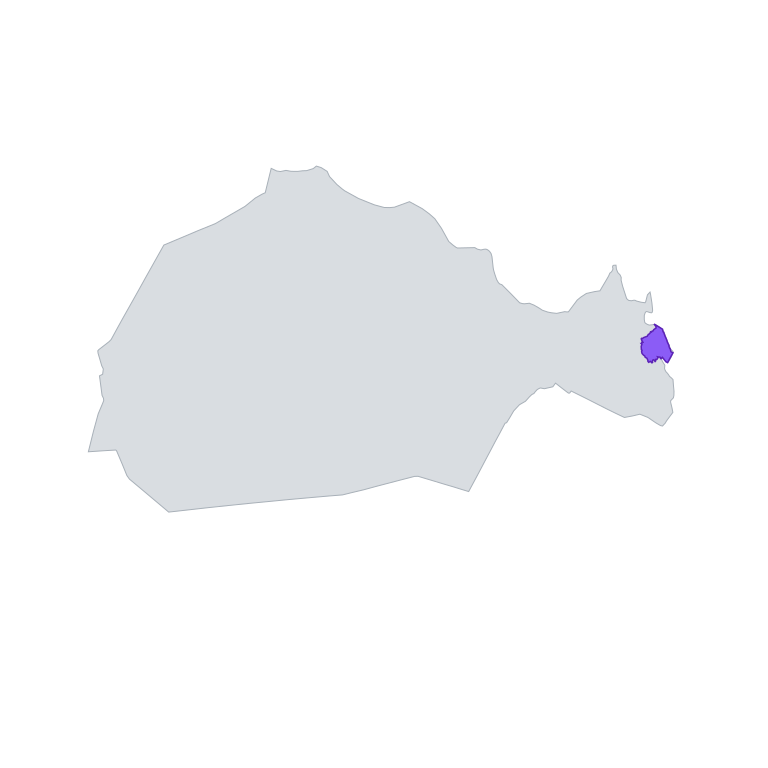 Torodi, Tillabéri, Niger (highlighted), rotated 209°
{"feature_id": "23599985B58853598919637", "entity_name": "Torodi", "entity_type": "district", "adm_level": 2, "iso_a3": "NER", "parent_name": "Niger", "parent_adm1": "Tillabéri", "projection": "orthographic", "projection_center": [1.533, 13.115], "detail": "fine", "context": "in_parent", "style": "filled", "palette": "violet", "viewbox_px": 768, "rotation_deg": 209, "n_neighbors": 0, "source": "geoboundaries", "source_scale": "gbopen_adm2", "svg_char_len": 4133}
<svg xmlns="http://www.w3.org/2000/svg" viewBox="0 0 768 768"><g transform="rotate(209 384 384)"><path d="M587.2,517.9L581.1,518.3L577.6,519.6L573.3,523.3L568.3,525.0L562.3,528.3L558.6,531.0L555.1,533.1L550.3,538.1L548.8,541.8L543.8,542.8L536.8,542.4L532.2,539.0L521.8,535.6L515.1,534.3L512.0,533.9L496.2,533.9L479.4,536.0L470.9,538.1L469.4,538.5L464.6,541.0L460.6,543.7L450.1,555.8L435.6,555.9L427.0,554.8L419.7,553.2L409.2,548.0L396.4,540.0L391.5,539.0L387.1,538.4L385.6,538.6L370.7,547.3L367.8,547.2L364.2,548.2L361.9,550.3L360.2,551.4L358.4,551.6L356.0,551.2L353.6,550.0L351.3,547.7L344.8,538.5L343.5,536.9L340.8,534.2L336.2,530.0L333.1,528.1L331.3,527.6L329.1,528.0L316.9,524.5L304.7,520.8L302.0,521.4L300.1,522.2L296.0,525.1L291.0,525.7L284.7,525.6L281.3,525.3L275.7,526.3L272.0,527.5L267.2,529.5L261.0,534.9L259.2,535.6L257.7,536.5L255.7,551.1L254.0,555.4L250.9,561.3L244.6,566.9L240.3,570.2L240.2,574.7L240.0,582.1L239.9,587.2L240.2,590.5L239.5,592.1L239.3,593.5L239.5,595.7L240.5,596.7L241.2,598.0L240.8,599.1L238.7,600.4L236.4,597.1L233.5,594.8L230.3,593.8L228.2,592.2L227.0,589.8L222.8,585.3L213.2,576.3L212.2,576.1L210.6,575.7L207.9,576.8L206.2,578.3L205.1,578.9L203.3,579.0L198.7,580.2L195.1,581.6L195.0,582.9L196.8,589.7L195.9,593.4L194.3,591.6L189.0,584.8L185.4,579.6L184.7,578.5L184.2,576.8L184.5,576.0L186.0,575.4L189.3,574.8L189.9,574.2L190.1,572.8L189.6,570.2L187.7,566.7L185.8,564.3L184.7,563.9L182.7,563.8L180.6,564.1L176.5,567.0L174.7,567.5L170.5,567.3L166.7,566.7L164.5,565.2L157.7,559.5L150.2,553.5L147.1,552.6L146.4,552.0L145.9,547.3L146.0,541.7L146.4,540.3L149.5,541.2L152.8,541.6L153.9,540.6L151.3,538.6L147.5,536.6L146.1,533.5L145.0,532.5L143.3,531.4L141.3,530.8L139.3,529.9L138.0,529.1L135.8,528.7L133.4,528.0L130.1,523.0L126.8,518.2L124.9,514.5L124.2,512.2L125.2,508.3L124.3,506.8L120.6,502.8L117.6,499.2L118.4,493.5L119.0,488.8L119.1,485.9L119.6,484.2L120.0,482.3L122.0,481.7L127.1,481.8L137.1,482.7L145.1,481.7L145.6,481.6L151.2,476.5L157.5,471.3L166.9,470.7L177.0,470.2L185.0,469.9L196.6,469.5L206.0,469.1L216.9,468.6L217.2,466.2L217.8,465.6L218.9,465.5L226.9,466.7L234.4,467.9L235.0,463.4L241.5,457.6L245.2,456.4L246.1,455.4L247.3,453.4L248.0,450.4L248.3,448.3L249.6,446.5L250.6,443.2L251.9,437.5L255.5,431.5L257.5,423.4L257.7,415.6L258.0,409.6L259.1,408.4L258.9,397.9L258.8,387.3L258.6,378.3L258.4,367.1L258.2,357.4L258.0,346.8L257.9,337.3L257.8,331.0L265.2,329.4L272.9,327.8L284.1,325.3L296.2,322.7L309.4,319.8L312.4,318.1L322.2,308.8L326.5,304.7L335.3,296.3L342.0,289.9L350.4,281.7L359.4,273.5L366.5,266.9L377.8,259.4L394.7,248.0L411.5,236.6L428.2,225.1L444.8,213.7L461.3,202.2L477.7,190.7L494.0,179.1L510.2,167.6L527.5,171.0L543.9,174.2L560.5,177.4L564.5,179.3L573.7,186.7L585.6,196.0L586.1,196.1L586.6,196.2L596.7,189.8L609.7,181.4L615.2,201.8L619.5,219.4L620.7,230.7L621.1,233.6L622.4,235.5L625.1,237.4L636.8,253.2L634.8,256.1L636.8,261.1L639.7,263.1L649.1,272.4L650.4,274.3L650.1,275.8L645.0,287.7L644.2,290.6L644.3,305.3L644.3,315.7L644.2,330.0L644.1,347.1L644.1,361.6L644.0,380.7L643.9,398.8L635.7,409.2L621.2,427.7L609.2,442.6L603.3,452.6L591.7,471.9L586.7,484.3L582.7,490.9L580.6,493.7L583.0,502.5L587.2,517.9Z" fill="#d9dde1" stroke="#a8b0b8" stroke-width="1"/><path d="M156.7,540.8L155.7,541.3L155.2,541.2L154.5,540.3L154.0,540.4L153.5,542.3L151.2,541.4L148.2,540.1L146.3,540.2L146.4,551.4L148.6,551.3L150.8,553.6L151.3,553.6L153.3,555.4L153.4,555.9L156.2,557.8L158.2,559.7L161.5,562.2L164.5,564.9L165.1,564.9L165.8,565.6L167.0,567.0L174.1,567.3L176.9,567.4L174.0,566.1L173.2,564.9L174.4,562.4L174.5,560.7L175.2,560.2L175.2,559.1L176.2,558.9L176.0,557.4L176.3,556.3L176.9,555.5L176.9,553.4L179.4,550.5L180.0,549.1L180.9,548.8L180.9,548.2L179.8,547.2L177.8,546.0L178.7,545.4L178.1,544.5L178.7,544.1L177.7,543.7L177.3,541.6L175.5,538.8L174.7,538.6L174.4,537.2L173.1,535.8L171.1,535.1L169.5,534.9L168.5,534.0L166.5,534.0L164.7,532.6L164.1,531.7L163.0,531.3L162.7,531.8L162.0,532.9L159.9,532.4L159.6,533.3L160.4,534.1L160.5,535.2L159.8,536.0L157.8,535.1L157.6,536.0L158.3,537.2L157.2,537.9L157.1,539.8L158.0,540.4L156.7,540.8Z" fill="#8b5cf6" stroke="#5b21b6" stroke-width="1.5"/></g></svg>